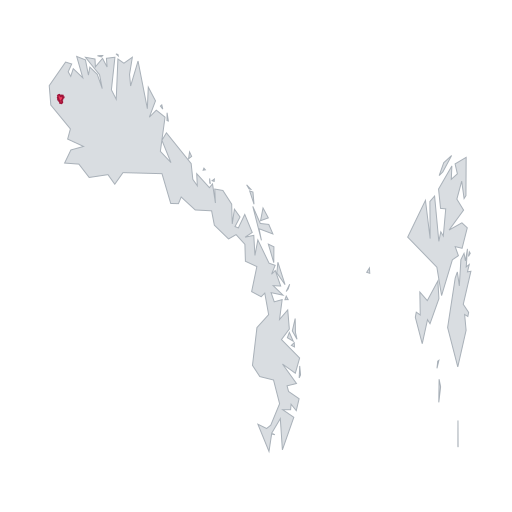 "Evje og Hornnes" nor, Aust-Agder, Norway shown in context, rotated 93°
{"feature_id": "86288312B17252919876128", "entity_name": "\"Evje og Hornnes\" nor", "entity_type": "district", "adm_level": 2, "iso_a3": "NOR", "parent_name": "Norway", "parent_adm1": "Aust-Agder", "projection": "robinson", "projection_center": [7.751, 58.587], "detail": "fine", "context": "in_parent", "style": "filled", "palette": "rose", "viewbox_px": 512, "rotation_deg": 93, "n_neighbors": 0, "source": "geoboundaries", "source_scale": "gbopen_adm2", "svg_char_len": 5508}
<svg xmlns="http://www.w3.org/2000/svg" viewBox="0 0 512 512"><g transform="rotate(93 256 256)"><path d="M313.9,240.3L292.6,245.3L296.4,248.7L291.8,258.5L266.5,254.6L261.8,266.3L244.9,267.7L235.7,277.0L240.4,284.3L227.4,299.2L213.2,302.7L213.2,319.1L201.0,333.8L207.8,336.2L208.0,343.9L178.7,354.2L179.7,393.2L191.7,400.8L182.5,408.1L186.3,426.7L173.5,437.7L173.2,452.0L159.8,446.4L155.6,434.0L149.1,450.2L138.8,448.0L116.0,468.8L96.7,471.4L72.3,456.3L73.9,450.1L81.9,453.2L86.3,450.4L78.5,448.3L87.1,438.3L66.1,445.5L69.1,436.6L84.1,432.8L76.1,431.8L82.9,424.0L96.9,418.3L83.2,421.7L66.5,436.7L67.7,427.1L75.5,426.3L66.7,419.6L75.1,414.6L66.4,415.7L64.9,407.3L97.6,409.1L106.8,403.8L66.5,404.2L70.4,398.0L64.0,389.9L81.3,391.8L92.8,390.1L67.5,384.0L114.6,372.2L93.0,372.4L106.3,364.5L123.0,369.8L115.6,363.2L122.1,354.1L156.5,357.0L167.2,345.8L145.4,356.0L137.7,351.9L167.1,325.6L182.8,323.1L188.9,318.3L176.9,319.5L190.2,306.1L186.3,303.2L205.2,299.3L191.3,300.7L192.3,292.5L205.5,283.0L225.2,281.4L210.4,280.0L217.9,274.0L227.7,278.5L228.9,275.1L215.1,269.4L232.7,261.0L237.8,267.9L235.5,259.3L255.5,257.1L239.9,255.0L262.5,242.6L264.3,236.4L273.4,239.5L269.5,236.0L284.7,229.8L284.7,237.3L293.7,227.0L291.8,239.0L300.8,235.4L298.2,227.6L318.2,229.2L308.2,221.5L327.2,218.9L338.1,226.2L355.6,207.1L371.0,210.6L362.5,223.9L381.2,208.9L384.0,218.2L389.6,216.4L396.3,205.5L408.3,207.7L402.2,213.2L407.7,213.4L408.1,221.3L415.1,209.8L448.2,219.5L417.1,223.2L432.0,231.0L450.5,232.8L423.9,245.3L427.7,236.4L424.2,232.4L402.3,224.7L378.9,232.0L376.2,245.9L365.4,253.8L327.4,251.3L313.9,240.3ZM216.8,46.5L237.5,50.6L236.2,57.6L245.1,53.9L249.5,59.7L285.8,68.6L257.7,74.8L229.2,105.5L191.6,89.7L229.5,83.0L192.5,85.2L186.8,80.8L231.8,74.2L222.2,72.7L226.3,70.0L199.0,69.0L198.8,74.2L179.6,77.2L155.8,65.1L169.2,65.0L163.4,59.2L153.6,62.0L146.5,51.3L184.7,49.5L187.7,51.2L170.5,54.5L188.7,58.4L199.3,51.1L220.0,64.6L212.1,52.1L216.8,46.5ZM260.0,40.6L293.4,46.5L301.2,40.7L305.3,41.3L303.5,44.6L319.2,42.3L356.2,48.7L317.4,60.9L267.5,55.9L261.4,54.1L275.2,51.4L248.9,51.2L242.5,48.4L249.9,46.6L237.8,45.2L255.9,45.5L253.3,42.6L260.8,44.0L260.0,40.6ZM289.0,71.1L314.5,78.7L310.6,81.4L334.9,85.4L308.8,93.7L303.7,93.0L306.3,88.9L283.4,90.5L291.6,82.6L271.4,73.1L289.0,71.1ZM228.6,254.4L240.1,251.4L206.6,261.8L223.3,253.4L223.8,244.9L233.1,240.3L228.6,254.4ZM245.9,238.6L261.7,237.9L243.5,244.3L245.9,238.6ZM261.1,233.8L283.1,225.5L271.8,234.3L261.1,233.8ZM145.4,65.9L162.2,73.8L166.1,77.3L153.0,73.4L145.4,65.9ZM217.3,245.7L220.5,253.3L207.7,251.5L217.3,245.7ZM337.0,210.7L328.9,215.8L316.4,213.6L330.3,212.6L337.0,210.7ZM339.1,214.4L336.0,220.4L330.6,218.7L339.1,214.4ZM192.3,262.4L204.4,260.7L191.4,265.7L192.3,262.4ZM435.5,44.4L409.7,45.7L436.3,44.2L435.5,44.4ZM377.0,64.8L392.6,65.8L369.5,66.7L377.0,64.8ZM363.5,206.6L372.4,205.3L375.5,206.5L363.5,206.6ZM344.8,212.8L343.4,216.0L340.6,213.3L344.8,212.8ZM297.9,221.6L298.1,224.8L294.5,223.7L297.9,221.6ZM267.3,141.5L266.5,144.6L262.0,142.1L267.3,141.5ZM358.7,69.4L351.5,69.0L350.6,67.9L358.7,69.4ZM159.9,325.5L162.4,328.4L155.6,327.8L159.9,325.5ZM282.4,220.9L287.1,222.1L289.9,224.0L282.4,220.9ZM242.1,42.2L245.3,43.8L240.6,43.2L242.1,42.2ZM125.4,352.0L117.6,352.3L125.8,350.6L125.4,352.0ZM114.2,356.8L111.3,359.3L110.0,358.0L114.2,356.8ZM189.4,266.4L185.4,269.1L189.7,264.6L189.4,266.4ZM65.3,420.8L64.3,424.8L63.8,419.6L65.3,420.8ZM183.1,303.8L181.3,301.6L183.7,301.7L183.1,303.8ZM433.5,227.8L433.0,230.5L432.6,230.0L433.5,227.8ZM185.4,306.0L181.0,306.4L186.3,305.4L185.4,306.0ZM172.6,311.1L173.1,313.3L171.0,312.6L172.6,311.1ZM63.4,404.0L61.5,406.4L62.0,404.4L63.4,404.0Z" fill="#d9dde1" stroke="#a8b0b8" stroke-width="1"/><path d="M111.9,460.0L112.2,459.9L112.4,459.9L112.4,460.0L112.5,459.9L112.8,459.9L113.0,459.8L113.3,459.8L113.5,459.8L113.5,459.7L113.5,459.4L113.5,459.2L113.7,458.9L113.7,458.7L113.8,458.6L113.8,458.4L113.7,458.4L113.6,458.2L113.5,457.9L113.4,457.9L113.2,457.8L113.0,457.7L112.9,457.6L112.8,457.4L112.7,457.4L112.4,457.3L112.1,457.4L112.0,457.5L111.9,457.6L111.6,457.7L111.5,457.8L111.5,457.7L111.5,457.8L111.5,457.7L111.5,457.8L111.4,457.8L111.1,457.9L110.8,457.9L110.4,458.0L110.2,458.0L110.1,457.9L110.2,457.7L109.9,457.6L110.0,457.5L110.0,457.4L109.8,457.4L109.7,457.4L109.4,457.4L109.2,457.4L108.9,457.3L108.9,457.2L108.7,457.1L108.4,457.0L108.3,456.9L108.2,456.9L108.1,456.7L108.0,456.4L107.9,456.4L107.7,456.3L107.6,456.2L107.4,456.2L107.4,456.3L107.5,456.4L107.4,456.4L107.4,456.5L107.2,456.7L107.2,456.8L107.1,457.0L107.1,457.3L106.9,457.3L106.8,457.2L106.7,457.3L106.3,457.2L106.2,457.2L105.8,457.2L105.8,457.3L105.8,457.6L105.8,457.9L105.8,458.0L105.8,458.3L105.7,458.3L105.7,458.5L106.2,458.7L106.4,458.8L106.7,458.9L106.7,459.0L106.9,459.1L106.8,459.3L106.8,459.5L106.7,459.5L106.5,459.8L106.4,459.8L106.2,459.9L106.3,460.0L106.0,460.2L105.9,460.2L105.6,460.3L105.4,460.3L105.2,460.6L105.3,460.7L105.3,460.8L105.3,461.0L105.4,461.3L105.4,461.5L105.5,461.7L105.5,461.8L105.8,462.0L106.0,462.2L106.1,462.3L106.2,462.2L106.3,462.2L106.5,462.2L106.8,462.1L107.0,462.1L107.4,462.1L107.5,462.1L107.8,462.3L108.1,462.4L108.2,462.2L108.3,462.0L108.5,462.0L108.9,462.0L109.0,462.1L109.4,462.1L109.5,462.1L109.8,462.1L110.0,462.0L109.9,461.9L109.8,461.7L109.7,461.6L109.8,461.6L109.7,461.5L109.7,461.4L109.7,461.2L109.9,461.2L110.0,461.2L110.3,461.1L110.5,461.1L111.2,461.0L111.2,460.9L111.1,460.7L111.0,460.3L111.1,460.2L111.3,460.2L111.5,460.1L111.8,460.0L111.9,460.0Z" fill="#f43f5e" stroke="#9f1239" stroke-width="1.5"/></g></svg>